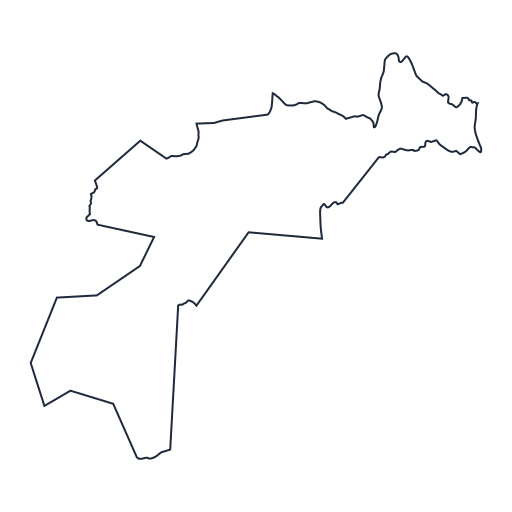 San Nicolas, Santa Bárbara, Honduras (Equal Earth projection)
{"feature_id": "27666195B96632165697082", "entity_name": "San Nicolas", "entity_type": "district", "adm_level": 2, "iso_a3": "HND", "parent_name": "Honduras", "parent_adm1": "Santa Bárbara", "projection": "equal_earth", "projection_center": [-88.328, 14.902], "detail": "fine", "context": "isolated", "style": "outline", "palette": "slate", "viewbox_px": 512, "rotation_deg": 0, "n_neighbors": 0, "source": "geoboundaries", "source_scale": "gbopen_adm2", "svg_char_len": 5957}
<svg xmlns="http://www.w3.org/2000/svg" viewBox="0 0 512 512"><path d="M170.2,449.6L178.1,307.1L178.0,306.2L178.1,305.7L178.3,305.4L179.2,304.9L180.3,304.5L181.7,304.7L182.3,304.6L182.7,304.5L183.8,303.6L186.2,302.6L188.2,300.5L188.7,300.4L190.0,300.7L193.0,302.1L194.9,303.8L196.4,305.7L248.6,232.3L322.1,238.7L321.5,234.6L320.7,227.4L320.5,223.7L320.1,213.8L320.1,211.4L320.2,209.8L320.6,208.0L320.9,207.2L321.6,206.5L323.5,204.2L323.8,204.0L324.2,204.1L324.6,204.4L326.7,207.2L327.0,207.3L327.7,207.4L328.6,207.2L329.4,206.7L330.9,205.3L332.8,203.2L333.6,202.7L334.8,202.2L335.6,202.1L336.0,202.2L336.5,202.7L337.2,203.8L337.7,204.3L338.1,204.2L339.3,203.6L341.2,202.9L342.3,202.6L342.9,202.7L378.8,157.3L379.9,157.1L381.5,157.4L383.3,157.4L383.7,157.3L384.9,156.6L386.1,154.6L387.1,154.4L387.8,154.1L389.5,152.5L390.7,151.7L391.4,151.5L394.9,152.0L395.3,152.0L395.6,151.8L396.8,150.7L398.7,149.4L399.5,149.0L400.2,148.7L400.8,148.7L401.5,148.8L405.3,149.9L407.2,150.4L408.4,150.4L411.1,150.0L412.6,149.9L413.3,150.0L413.8,150.7L414.4,150.9L415.7,150.9L417.2,150.5L418.4,150.1L418.6,149.9L418.9,149.5L419.4,148.4L420.0,147.3L420.2,147.1L420.8,147.0L422.1,146.8L423.9,146.9L424.7,146.4L425.0,145.9L425.2,145.5L425.3,143.6L425.6,142.1L426.0,141.5L426.5,141.1L427.1,140.9L428.0,140.9L428.9,141.3L429.9,141.5L430.5,141.9L430.9,142.0L431.8,141.8L432.9,141.3L434.2,141.2L435.2,140.5L436.1,140.3L436.5,140.4L437.0,140.8L437.9,142.2L438.8,143.4L439.8,144.5L440.6,145.2L447.8,150.3L449.2,151.0L450.7,151.6L451.8,151.8L452.7,151.8L454.6,151.4L455.7,151.0L456.2,150.9L456.7,151.2L459.7,153.9L460.1,154.1L460.7,154.0L463.2,153.0L465.5,151.6L466.5,150.8L467.9,149.1L469.4,147.6L470.3,147.1L471.2,146.9L472.9,147.3L474.2,147.3L474.7,147.4L475.4,148.0L477.9,150.5L478.7,151.2L479.9,152.1L480.3,152.2L480.7,152.1L480.9,151.8L481.0,151.5L481.3,149.9L481.2,149.1L480.9,148.0L480.9,147.3L480.6,146.7L480.1,145.7L478.5,141.8L476.9,137.4L475.9,134.4L475.5,133.1L475.1,131.0L474.8,129.5L474.7,127.9L474.6,126.7L474.7,125.7L475.3,121.8L475.8,118.3L476.1,109.5L476.8,105.9L477.6,103.4L477.0,103.6L476.5,103.5L476.2,103.3L475.5,102.4L474.9,102.1L473.9,102.0L473.0,102.5L472.3,102.6L471.9,102.2L471.5,100.8L471.4,100.6L471.0,100.4L469.9,100.4L469.3,100.3L469.1,99.6L468.2,98.5L467.4,97.9L466.6,97.7L465.0,97.9L463.2,97.9L462.4,98.0L462.3,98.3L462.2,99.3L461.7,101.0L461.3,102.1L460.8,103.1L460.0,104.3L458.6,105.8L457.6,106.6L456.9,107.1L456.2,107.2L455.4,107.0L453.5,105.3L451.7,104.1L451.4,104.0L450.3,103.9L449.0,103.3L448.3,102.8L448.1,102.5L448.0,102.0L448.1,101.2L448.5,98.6L448.6,97.5L448.6,96.8L448.4,96.2L448.2,95.7L447.9,95.2L447.5,94.9L446.7,94.4L445.8,94.1L445.3,94.4L443.5,95.5L442.8,95.7L442.2,95.5L441.9,95.3L441.6,94.8L438.2,93.0L437.3,92.0L435.7,90.4L433.5,88.7L429.3,85.1L427.9,84.1L426.5,83.2L424.3,82.3L422.2,81.4L418.9,78.2L416.7,76.1L416.3,75.5L415.7,74.2L413.2,67.5L411.5,63.1L409.2,58.8L408.5,57.7L407.8,56.9L407.4,56.6L407.0,56.4L406.5,56.4L406.1,56.5L405.2,57.4L402.9,60.3L401.9,61.4L401.0,61.9L400.6,62.0L400.1,62.0L399.5,61.6L399.0,61.0L398.4,56.7L397.9,55.5L397.2,54.4L396.4,53.7L395.4,53.2L394.6,53.2L393.2,53.4L390.8,54.0L390.1,54.4L388.8,55.4L387.5,56.6L386.0,58.3L385.3,59.3L384.8,60.5L384.6,61.9L384.4,64.6L383.9,69.9L383.8,70.9L383.5,72.1L383.2,73.2L381.3,77.6L380.7,80.0L380.2,82.6L379.9,86.6L379.5,89.8L378.8,92.6L378.6,94.2L378.6,95.6L379.0,97.1L380.7,101.9L381.4,104.1L381.8,106.5L381.9,107.3L381.8,107.9L381.6,108.9L381.0,110.3L380.2,112.0L379.2,113.9L378.8,114.9L378.4,116.3L377.8,119.0L377.3,121.1L376.7,123.1L376.1,124.9L375.7,125.8L375.3,126.6L375.0,127.0L374.6,127.2L374.2,127.3L373.9,127.2L373.7,126.1L373.6,123.8L373.3,122.9L372.9,121.8L372.4,121.1L370.3,118.6L369.9,118.4L369.2,118.1L366.6,117.0L364.8,115.8L363.3,115.1L362.9,115.1L362.2,115.2L357.6,116.7L356.0,116.4L354.0,116.4L349.5,117.8L347.3,118.3L346.0,118.9L344.7,117.6L343.6,116.6L342.9,116.0L340.9,114.9L340.2,114.6L339.1,114.3L336.7,112.9L334.2,111.8L332.8,111.5L332.0,111.1L330.8,110.5L329.1,109.3L327.6,108.6L326.8,107.9L325.5,106.3L324.7,105.5L322.9,104.0L321.4,103.1L320.1,102.4L318.6,101.9L316.8,101.5L315.2,101.2L314.2,101.3L306.5,103.3L305.1,103.3L301.0,103.0L299.0,102.9L298.4,103.2L297.5,103.9L296.8,104.3L294.3,105.2L293.7,105.4L290.0,105.5L288.0,105.4L287.1,105.3L286.0,104.8L284.8,103.9L280.7,99.5L278.1,97.0L276.8,96.2L274.7,94.3L273.7,93.7L272.7,93.3L272.1,102.3L271.7,106.4L271.3,108.1L270.8,109.4L270.1,111.3L269.2,112.9L268.1,114.2L267.6,114.6L222.6,120.5L213.9,123.0L196.5,123.6L197.0,125.8L198.1,129.7L198.6,131.8L198.5,134.2L198.4,135.9L198.6,136.6L198.7,137.1L198.6,138.1L198.4,139.0L197.4,142.2L196.9,144.5L196.7,145.3L196.4,146.1L195.3,147.8L193.9,149.8L192.6,151.1L190.9,152.3L188.7,153.6L187.8,153.9L185.9,153.9L182.9,154.3L182.5,154.5L181.6,155.2L180.9,155.5L179.3,155.9L177.7,156.1L176.1,156.3L172.6,156.0L171.3,156.1L170.3,156.5L169.0,157.4L168.2,157.9L166.4,158.6L140.3,140.7L94.9,180.5L95.6,182.7L96.0,183.5L96.3,184.4L96.7,185.9L97.1,186.8L97.2,187.2L97.1,187.8L97.0,188.2L96.8,188.6L96.5,188.7L95.9,188.8L95.5,189.2L95.1,189.8L94.7,191.3L93.7,192.6L93.2,192.9L92.2,193.2L91.5,193.6L91.1,193.8L90.9,194.2L90.9,194.6L91.4,195.4L91.5,196.1L91.5,197.2L91.3,198.5L91.1,199.5L90.7,200.4L90.6,201.0L90.6,201.6L90.9,202.4L91.0,202.9L90.8,203.7L90.5,204.4L90.1,205.1L89.6,205.7L89.4,206.2L89.5,206.5L89.7,207.1L89.8,207.6L89.6,210.3L89.7,212.9L90.0,214.1L89.8,214.4L89.3,214.7L87.9,216.2L87.0,216.9L86.6,217.4L86.4,218.0L86.4,218.9L86.5,219.8L86.7,220.3L88.4,221.0L89.0,221.1L90.1,220.9L91.6,220.3L92.4,220.2L93.7,220.1L94.9,220.3L95.7,220.7L96.3,221.4L96.7,222.1L97.2,223.7L97.6,224.7L154.1,237.0L139.9,266.0L96.8,295.4L56.9,297.6L30.7,363.0L44.4,405.9L70.4,390.7L113.2,403.8L136.8,457.2L137.5,457.8L138.6,458.6L139.6,458.8L141.8,458.8L144.7,458.0L146.6,457.7L147.5,457.8L148.3,458.3L148.9,458.6L150.2,458.6L151.4,458.4L153.5,457.7L156.0,456.4L158.9,454.2L160.8,452.6L161.3,452.3L170.2,449.6Z" fill="none" stroke="#1e293b" stroke-width="2"/></svg>